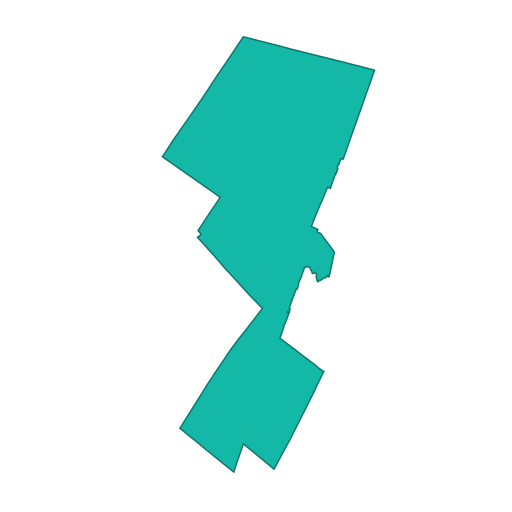 Boldu, Buzau, Romania, rotated 5°
{"feature_id": "2599482B96550802380663", "entity_name": "Boldu", "entity_type": "district", "adm_level": 2, "iso_a3": "ROU", "parent_name": "Romania", "parent_adm1": "Buzau", "projection": "albers", "projection_center": [27.244, 45.287], "detail": "fine", "context": "isolated", "style": "filled", "palette": "teal", "viewbox_px": 512, "rotation_deg": 5, "n_neighbors": 0, "source": "geoboundaries", "source_scale": "gbopen_adm2", "svg_char_len": 4779}
<svg xmlns="http://www.w3.org/2000/svg" viewBox="0 0 512 512"><g transform="rotate(5 256 256)"><path d="M195.8,433.1L195.6,433.6L195.4,433.9L195.3,434.1L195.2,434.3L195.4,434.4L195.5,434.5L196.0,434.8L196.8,435.4L197.3,435.7L198.4,436.4L199.8,437.4L204.7,440.8L205.4,441.2L206.0,441.6L208.7,443.4L214.5,447.3L216.0,448.3L222.3,452.8L223.5,453.5L229.1,457.3L232.5,459.6L241.5,465.7L245.6,468.4L252.0,472.7L252.7,473.2L254.3,466.5L254.8,464.1L255.3,461.7L256.4,457.7L259.0,447.6L259.4,445.7L259.8,444.3L261.5,445.5L268.5,450.2L277.1,456.1L285.3,461.7L286.0,462.2L289.2,464.5L289.9,465.0L291.2,465.9L291.9,466.4L292.0,466.5L292.3,466.7L292.4,466.8L292.5,466.8L292.6,466.7L292.9,466.1L293.3,465.0L293.8,463.8L294.3,462.7L295.1,460.8L297.5,455.1L298.5,452.8L302.7,443.0L305.2,437.6L311.6,421.5L313.0,418.0L318.9,403.3L324.5,389.1L326.2,385.0L326.6,383.6L327.4,381.1L328.6,378.1L331.7,370.0L331.9,369.5L332.1,368.8L333.1,366.4L333.7,365.1L331.6,364.1L331.3,364.1L330.9,363.8L329.3,362.8L327.0,361.5L326.8,361.1L326.2,360.6L322.6,358.2L310.7,350.9L304.4,346.7L302.2,345.3L299.0,343.4L293.8,340.1L290.4,338.0L289.6,337.4L288.0,336.5L287.0,336.0L288.3,330.8L288.8,328.7L289.6,325.5L289.8,324.4L289.8,324.1L290.3,321.8L290.5,321.4L290.9,320.2L291.2,319.5L291.5,318.7L292.3,315.6L292.7,314.1L293.3,312.0L293.8,309.9L292.2,309.5L292.4,308.8L294.1,309.2L294.4,306.7L294.6,305.8L293.5,305.4L293.6,304.8L294.3,302.8L295.2,298.9L296.3,295.1L297.4,290.9L298.7,286.1L299.0,285.6L299.7,285.8L300.2,284.2L300.5,282.7L300.6,282.2L300.7,281.6L300.9,279.4L300.9,279.0L301.1,278.5L301.4,277.6L301.6,276.7L301.8,276.1L302.2,275.3L302.6,274.0L305.4,263.0L307.1,262.6L307.7,262.0L309.1,262.4L309.6,262.2L310.5,262.6L311.5,264.6L312.4,266.0L313.3,267.3L313.3,267.9L313.9,268.6L316.1,267.8L316.9,267.2L317.3,267.9L317.7,268.6L317.9,268.9L317.9,269.4L318.0,269.9L317.7,271.5L318.1,272.7L318.7,274.3L319.1,275.6L319.6,276.1L320.2,276.2L321.1,274.7L321.4,274.6L322.1,274.8L323.6,273.7L323.4,273.6L325.0,271.9L326.5,271.9L327.2,271.6L328.2,270.1L328.5,269.0L329.3,269.2L329.5,270.3L330.1,270.4L330.6,269.6L330.8,269.7L330.9,268.8L333.7,245.2L318.5,228.0L317.3,227.5L315.8,227.3L315.6,227.2L315.1,226.9L315.0,226.4L314.9,226.2L314.9,225.4L315.3,224.2L308.5,221.7L311.1,213.1L311.9,210.4L315.6,198.8L317.0,194.8L318.4,190.7L319.3,187.6L321.2,181.4L321.7,181.5L324.2,182.1L325.7,175.8L326.3,173.8L327.6,168.9L328.1,166.8L328.7,166.9L329.0,165.8L329.7,162.7L329.8,162.2L329.7,162.0L329.9,161.5L329.5,161.3L329.2,160.9L329.5,159.2L329.8,157.9L330.5,157.9L332.0,151.7L334.3,152.0L334.5,151.2L335.5,147.6L336.5,143.9L337.4,140.2L338.4,136.5L339.3,132.7L341.2,125.4L345.3,109.6L349.8,92.1L351.9,83.7L352.3,82.4L354.4,74.3L356.8,64.7L357.6,61.8L357.9,60.6L357.4,60.5L355.1,60.1L352.8,59.7L350.4,59.3L346.4,58.6L342.3,57.9L336.6,57.0L334.6,56.7L328.3,55.5L324.7,55.0L321.4,54.5L296.7,50.6L292.8,50.0L286.0,48.9L275.0,47.2L266.0,45.6L261.1,44.7L236.8,40.8L231.6,39.9L230.2,39.6L227.2,39.2L226.2,39.0L224.5,38.8L224.3,38.8L224.2,38.9L223.5,40.1L220.4,45.7L217.5,51.1L215.9,54.0L210.8,63.2L209.4,65.8L208.8,66.9L207.2,69.7L206.4,70.8L206.2,71.3L205.6,72.5L204.9,73.7L203.9,75.6L203.2,76.8L202.8,77.6L202.4,78.4L202.1,78.7L201.2,80.5L200.0,82.6L199.3,83.9L198.6,85.3L198.0,86.4L196.7,88.6L196.0,90.1L192.5,96.6L192.1,97.4L190.5,100.2L189.2,102.5L189.1,102.9L187.2,106.2L183.7,112.4L175.3,127.2L173.9,129.6L172.6,131.8L172.4,132.1L171.6,133.4L171.1,134.3L169.6,137.0L169.2,137.6L169.0,138.1L168.4,139.3L168.2,139.7L168.1,139.8L167.7,140.5L167.4,141.1L166.7,142.2L166.5,142.5L165.3,144.5L164.8,145.4L163.1,148.2L162.6,149.3L162.0,150.4L160.1,154.0L158.7,156.8L158.2,157.8L156.0,161.9L155.2,163.2L154.1,165.3L155.6,166.1L157.8,167.4L159.9,168.6L161.5,169.5L168.4,173.5L184.6,182.9L198.6,191.0L202.2,193.0L212.6,199.1L215.2,200.7L210.6,209.1L209.3,211.3L207.3,214.9L201.6,225.5L196.5,234.9L196.1,235.6L196.2,235.9L198.6,238.2L199.1,238.5L199.3,238.8L199.4,239.0L199.3,239.3L199.0,239.6L198.0,240.7L196.0,242.6L196.3,242.8L197.4,243.8L199.5,245.6L201.9,247.9L212.6,257.9L213.9,259.0L215.0,260.1L216.2,261.3L216.3,261.3L224.3,269.2L225.6,270.4L227.2,271.9L228.5,273.1L232.4,276.6L234.3,278.3L236.2,280.1L238.4,282.1L241.7,285.2L245.5,288.6L249.9,292.7L253.7,296.2L256.2,298.3L258.0,299.9L262.4,303.7L265.2,306.1L267.0,307.6L261.6,316.1L258.9,320.3L256.1,324.6L254.1,327.8L251.2,332.3L246.0,340.0L244.2,343.0L241.4,347.5L240.0,349.7L236.4,355.8L235.0,358.5L234.4,359.8L231.3,365.2L228.5,370.2L224.4,377.7L223.5,379.5L221.9,382.3L221.1,383.7L219.7,386.4L218.5,388.5L217.2,391.2L216.3,393.1L215.1,395.3L215.0,395.6L214.5,396.5L212.5,400.5L210.4,404.5L209.7,405.9L208.0,409.3L207.1,411.1L205.1,415.0L202.0,421.1L200.3,424.2L198.5,427.8L197.8,429.3L196.2,432.4L195.8,433.1Z" fill="#14b8a6" stroke="#0f766e" stroke-width="1.5"/></g></svg>